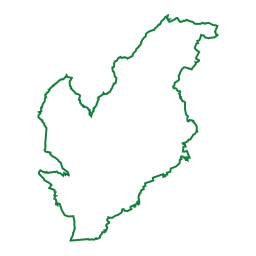 Teuchitlán, Jalisco, Mexico
{"feature_id": "50627088B99010084174784", "entity_name": "Teuchitlán", "entity_type": "district", "adm_level": 2, "iso_a3": "MEX", "parent_name": "Mexico", "parent_adm1": "Jalisco", "projection": "albers", "projection_center": [-103.827, 20.68], "detail": "fine", "context": "isolated", "style": "outline", "palette": "green", "viewbox_px": 256, "rotation_deg": 0, "n_neighbors": 0, "source": "geoboundaries", "source_scale": "gbopen_adm2", "svg_char_len": 5710}
<svg xmlns="http://www.w3.org/2000/svg" viewBox="0 0 256 256"><path d="M44.3,172.5L40.3,170.3L39.1,172.0L39.1,174.0L43.8,178.7L44.4,180.2L49.2,182.9L51.5,184.9L49.3,188.1L54.5,190.0L54.7,191.9L55.6,192.2L54.3,195.3L55.7,195.8L55.2,196.0L54.3,198.7L55.7,199.3L56.4,201.6L55.9,204.4L56.8,204.5L57.6,205.2L58.1,203.4L59.7,203.9L61.8,210.2L64.7,215.2L68.6,216.5L73.4,216.2L74.5,221.8L74.3,224.7L74.8,228.1L73.5,232.6L73.2,232.7L72.9,235.2L71.0,239.0L70.6,240.6L88.2,239.1L88.4,239.5L90.9,239.6L91.7,239.2L93.6,239.7L94.8,239.3L96.0,238.2L96.5,238.9L97.5,238.8L99.5,237.9L99.9,237.6L100.1,235.8L101.9,233.7L102.2,232.4L102.5,232.1L104.5,232.3L105.5,231.6L104.5,230.3L106.6,229.8L107.3,227.3L106.1,225.6L107.0,224.1L109.2,222.8L109.1,222.1L107.6,221.0L107.1,219.5L108.2,218.1L108.3,217.3L109.6,218.0L109.9,217.6L112.2,217.9L115.4,215.6L117.6,215.2L121.4,212.6L122.1,211.1L121.9,210.4L122.4,209.3L123.7,209.2L124.6,210.8L125.5,210.7L127.1,211.2L130.7,209.5L131.4,209.0L130.8,208.5L130.5,206.8L134.0,205.2L134.5,206.8L135.4,206.3L135.0,204.7L137.3,203.6L137.2,201.9L138.1,201.4L138.5,204.3L139.2,203.8L139.2,200.5L138.9,200.1L139.0,199.0L138.4,197.8L138.9,195.3L139.4,194.9L139.2,194.4L139.7,193.3L140.4,193.1L141.1,190.7L141.9,190.2L141.9,189.8L143.7,189.2L143.4,186.7L145.4,186.0L145.1,183.3L153.3,180.5L152.9,177.8L163.0,174.2L163.4,176.9L165.4,176.2L165.2,174.8L167.2,174.6L166.9,172.8L170.3,171.8L170.6,169.0L170.9,168.5L176.2,166.4L178.6,164.1L179.2,163.9L179.5,163.4L179.9,159.8L181.5,159.2L181.5,158.7L180.9,158.2L181.2,156.4L182.2,156.4L183.9,157.2L184.4,158.0L184.8,157.5L185.2,157.7L186.4,157.4L185.8,159.6L185.9,160.0L187.0,160.0L187.6,160.4L187.5,157.7L189.6,157.7L186.9,151.0L184.7,151.6L182.9,151.6L183.5,146.6L185.5,146.5L184.7,143.9L183.2,144.0L182.7,143.4L183.4,142.9L184.9,142.7L186.5,142.0L188.0,140.9L188.6,139.6L189.7,139.7L190.5,139.3L191.2,137.7L192.2,136.7L193.1,134.9L194.9,134.0L196.4,131.7L197.3,131.6L197.1,130.9L196.7,130.8L196.8,126.8L195.4,124.1L193.5,122.3L193.7,121.2L193.0,120.8L192.6,121.1L192.0,120.4L189.8,120.0L189.0,121.1L188.2,121.4L187.8,121.2L187.4,120.4L187.3,118.6L187.6,117.1L188.0,116.4L186.1,114.5L184.9,108.5L185.1,102.4L184.4,101.7L182.3,101.0L182.1,100.1L180.9,98.9L181.1,97.5L180.8,96.3L180.2,98.6L179.9,95.6L180.1,94.8L179.0,93.6L180.1,92.4L180.1,91.4L177.5,90.8L176.2,88.6L175.4,88.2L173.8,88.2L173.1,86.6L174.3,85.4L174.8,82.7L176.6,81.7L178.9,79.9L179.1,79.0L178.6,75.9L179.6,74.5L179.9,73.0L182.1,68.9L184.0,67.4L185.4,67.4L187.9,68.1L188.7,68.7L189.3,68.5L191.7,69.4L192.4,68.0L195.2,64.9L195.9,63.7L195.6,62.5L196.1,62.8L197.5,61.7L198.8,61.2L199.0,60.2L196.1,58.8L196.2,57.5L199.2,52.0L196.1,49.9L194.8,47.9L196.3,43.7L198.1,43.2L197.3,40.9L199.3,40.3L200.4,37.9L201.1,35.0L202.4,35.5L203.8,35.4L205.1,37.4L208.9,38.3L209.5,37.9L214.3,37.4L217.3,35.5L217.5,34.9L216.0,34.3L215.4,32.1L215.0,31.8L217.4,26.0L215.9,25.4L212.9,25.0L209.2,23.0L205.6,23.2L205.3,23.7L204.3,23.6L202.6,22.7L202.2,23.1L200.6,23.8L195.2,23.9L192.3,21.7L188.9,21.1L187.3,19.9L186.2,19.9L186.0,20.3L185.0,20.9L183.5,20.7L183.1,21.2L180.4,22.0L179.5,21.3L179.3,20.6L178.8,20.4L177.7,18.3L176.8,17.9L175.8,18.3L175.5,18.9L173.8,20.0L169.7,21.8L169.2,21.7L168.4,20.8L168.5,19.7L169.1,19.3L167.6,19.2L167.1,18.5L167.9,15.4L167.6,15.5L166.7,16.6L165.4,17.0L163.5,19.6L161.5,21.1L160.8,23.0L160.3,23.3L160.2,24.1L159.3,24.8L158.8,24.6L158.3,25.0L156.9,26.9L154.6,28.7L154.3,29.9L151.4,30.6L148.8,31.7L146.7,33.1L145.9,34.4L145.7,36.4L143.8,37.9L142.8,39.2L141.1,42.0L141.4,42.9L140.9,43.3L140.7,44.2L139.8,45.5L138.9,46.1L138.5,47.2L136.4,48.9L135.7,51.1L133.2,53.4L132.7,54.8L132.7,55.8L127.5,58.6L127.2,58.0L124.8,57.2L124.0,57.7L123.3,57.4L121.5,58.0L120.5,56.9L119.0,57.7L118.6,58.3L118.1,58.3L116.8,60.8L115.0,61.3L114.2,62.8L114.2,65.2L113.7,67.2L112.4,67.3L112.3,67.9L112.9,71.4L114.1,72.1L114.7,76.4L116.4,78.0L115.7,82.9L114.6,83.6L113.7,83.6L113.7,84.5L112.6,86.2L112.3,87.8L111.2,89.2L110.2,91.5L108.7,92.4L108.2,93.1L107.8,93.0L106.7,93.9L104.2,94.2L104.3,93.8L103.6,93.0L103.5,94.1L102.7,94.2L102.0,95.2L98.6,97.2L98.8,97.6L98.2,98.1L98.6,98.3L98.6,99.7L97.8,100.5L97.4,102.7L96.7,103.5L96.8,104.4L95.6,106.5L95.1,106.7L94.5,107.8L93.9,107.9L93.6,108.5L94.1,108.7L93.5,110.1L93.7,110.5L93.4,111.6L92.7,111.7L92.2,112.7L91.2,116.3L89.5,114.5L89.7,113.6L89.4,113.1L90.1,112.5L90.0,111.6L89.1,110.6L89.6,109.9L88.3,109.3L87.4,107.7L85.1,106.9L84.0,107.0L83.2,106.7L82.8,105.9L83.5,105.7L83.0,105.3L82.5,105.6L81.6,104.8L81.4,104.1L80.1,102.6L80.2,100.6L79.1,100.2L78.9,99.4L79.4,99.1L79.5,97.4L79.9,96.6L80.0,95.8L79.6,95.0L77.5,94.0L75.5,93.5L75.2,92.6L71.7,89.2L71.6,88.5L70.9,88.4L70.7,86.4L70.0,86.0L70.1,85.3L69.7,84.2L69.7,81.0L70.7,80.1L71.8,77.9L66.8,76.8L66.9,75.6L66.6,75.2L66.4,75.9L63.4,79.2L62.3,79.4L61.6,79.0L60.1,80.3L59.5,80.2L56.0,83.6L55.2,83.7L54.8,84.6L53.5,85.1L53.4,85.8L52.8,85.7L52.5,86.3L50.2,88.4L49.8,89.4L48.9,89.6L49.4,90.2L48.1,92.2L47.2,92.3L47.0,93.0L45.9,94.0L46.0,94.4L45.2,94.8L45.9,96.9L45.4,96.7L44.5,101.7L43.0,103.7L42.1,106.4L42.1,107.1L41.4,107.1L40.9,108.2L41.4,109.3L41.0,110.5L41.3,111.3L39.0,112.1L40.4,113.3L38.5,115.3L38.5,117.4L40.5,119.2L41.8,119.9L41.7,120.5L42.5,120.8L42.5,122.0L44.1,123.5L44.4,124.3L44.2,124.9L46.5,128.1L45.2,144.4L45.5,144.9L45.2,149.1L44.5,150.3L45.6,151.7L47.3,151.9L47.8,152.3L49.5,152.1L50.2,152.7L49.9,152.8L50.6,154.6L52.9,156.6L54.3,157.1L56.0,158.3L58.1,160.1L58.8,161.2L60.6,162.5L62.7,168.6L63.0,168.6L67.8,172.1L68.8,174.8L68.7,175.3L65.9,173.7L65.4,174.8L64.1,173.1L63.1,175.7L60.6,173.6L59.7,173.1L58.1,172.9L57.5,172.0L56.6,171.5L55.4,172.1L53.7,171.8L51.1,172.5L49.8,172.3L48.8,172.9L47.9,172.9L46.7,172.0L46.1,172.7L44.7,172.1L44.3,172.5Z" fill="none" stroke="#15803d" stroke-width="2"/></svg>